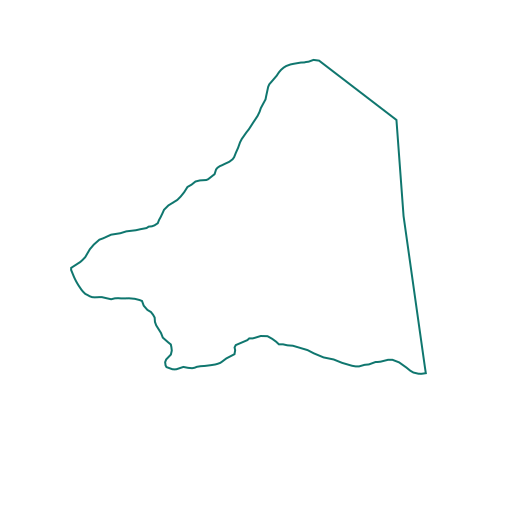 the district of Shompangkha, Geylegphug, Bhutan, rotated 250°
{"feature_id": "84629894B15779326704479", "entity_name": "Shompangkha", "entity_type": "district", "adm_level": 2, "iso_a3": "BTN", "parent_name": "Bhutan", "parent_adm1": "Geylegphug", "projection": "mercator", "projection_center": [90.287, 26.878], "detail": "fine", "context": "isolated", "style": "outline", "palette": "teal", "viewbox_px": 512, "rotation_deg": 250, "n_neighbors": 0, "source": "geoboundaries", "source_scale": "gbopen_adm2", "svg_char_len": 2403}
<svg xmlns="http://www.w3.org/2000/svg" viewBox="0 0 512 512"><g transform="rotate(250 256 256)"><path d="M308.1,78.3L306.2,77.5L303.7,77.6L301.2,77.7L298.7,77.8L296.3,78.0L293.8,78.3L291.4,78.7L288.9,79.2L286.5,79.8L284.1,80.4L281.8,81.2L278.8,82.6L276.9,84.4L275.0,86.0L273.4,87.9L272.4,90.1L271.6,92.5L270.9,94.9L270.0,97.2L267.2,101.5L264.9,105.1L264.5,108.9L263.5,112.1L262.4,114.5L261.2,117.7L259.7,122.2L257.2,127.5L254.4,131.6L252.7,133.5L250.3,133.5L247.7,133.5L242.5,135.5L239.3,138.1L235.9,139.2L232.8,139.7L228.6,138.5L224.9,138.5L216.1,140.4L211.2,140.5L204.8,144.0L202.0,145.7L199.2,145.3L195.9,144.5L192.5,142.3L189.5,136.2L187.3,134.3L184.1,133.6L182.2,133.9L178.2,138.7L177.3,140.7L176.8,142.5L176.6,149.8L174.2,153.8L172.4,157.6L172.0,160.2L172.1,162.5L171.4,166.2L170.2,170.3L169.6,172.9L168.8,176.5L168.0,180.6L167.8,183.1L167.8,185.9L168.4,188.2L169.9,193.1L171.1,202.2L174.6,204.2L177.4,204.6L179.2,206.5L179.9,219.1L180.9,221.5L179.7,224.8L179.5,227.1L179.2,233.1L177.9,236.4L176.7,239.4L172.6,242.9L168.6,245.6L165.2,247.3L163.8,251.1L161.3,255.0L160.5,256.8L159.1,259.9L149.9,272.3L144.8,277.0L137.6,284.8L132.2,293.6L126.1,300.4L120.0,308.7L118.1,312.0L117.0,315.2L116.6,320.8L115.5,325.0L115.5,332.0L114.8,334.1L114.1,336.9L113.3,344.6L111.8,348.7L107.1,354.1L99.7,359.2L95.5,361.7L92.7,364.0L89.8,368.4L88.7,371.2L87.8,375.5L93.3,376.6L144.8,387.5L243.0,408.3L335.8,434.5L416.1,383.3L418.0,382.1L420.6,377.1L420.6,371.9L421.2,369.3L421.4,367.4L422.4,364.5L423.7,357.3L424.2,354.0L424.2,349.4L423.6,346.5L422.4,343.3L420.9,340.6L419.7,338.9L418.4,337.2L412.8,327.2L410.8,325.3L406.5,322.6L402.7,320.2L399.9,318.5L395.9,314.0L393.3,311.1L390.3,308.7L387.1,305.4L384.2,301.5L382.3,298.9L380.6,296.7L377.5,292.6L375.6,289.5L374.5,287.9L370.8,282.6L368.3,279.9L363.7,276.1L359.9,272.4L356.3,269.2L354.9,267.1L353.7,263.2L353.5,261.3L353.3,258.7L353.1,256.8L352.9,255.0L352.8,252.7L352.1,250.0L351.0,248.1L347.1,245.1L345.4,240.0L344.5,237.2L344.4,235.3L346.2,229.2L346.7,224.6L345.1,219.9L344.3,215.2L340.5,210.3L337.6,205.5L335.6,201.2L333.5,191.0L330.9,185.4L328.0,182.6L325.0,179.5L323.0,177.2L320.4,174.9L319.5,171.1L319.5,168.3L320.3,165.2L319.7,162.7L320.7,156.6L321.3,151.9L323.5,142.6L323.8,136.3L325.6,127.1L324.9,118.3L324.9,114.4L323.3,110.3L322.2,107.5L319.2,102.2L313.3,95.1L311.5,91.4L310.5,88.9L308.1,78.3Z" fill="none" stroke="#0f766e" stroke-width="2"/></g></svg>